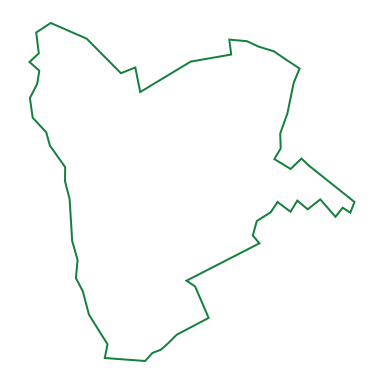 the district of Pinhal, Rio Grande do Sul, Brazil
{"feature_id": "56859067B67721139652283", "entity_name": "Pinhal", "entity_type": "district", "adm_level": 2, "iso_a3": "BRA", "parent_name": "Brazil", "parent_adm1": "Rio Grande do Sul", "projection": "orthographic", "projection_center": [-53.229, -27.534], "detail": "fine", "context": "isolated", "style": "outline", "palette": "green", "viewbox_px": 384, "rotation_deg": 0, "n_neighbors": 0, "source": "geoboundaries", "source_scale": "gbopen_adm2", "svg_char_len": 841}
<svg xmlns="http://www.w3.org/2000/svg" viewBox="0 0 384 384"><path d="M50.7,23.0L36.2,32.5L38.8,53.3L29.5,62.0L39.3,70.7L37.2,83.9L29.9,98.0L32.7,117.8L46.2,132.2L49.9,145.6L65.2,167.2L65.0,181.2L69.6,199.0L72.2,241.1L77.6,259.9L75.9,278.1L82.7,291.0L89.0,314.7L95.4,325.0L107.5,344.2L104.8,358.0L145.1,361.0L152.5,352.9L160.9,349.7L168.6,342.8L176.7,334.7L208.6,317.9L195.1,286.4L186.5,280.7L259.4,243.3L252.8,235.6L256.8,221.0L270.7,212.3L277.5,202.0L290.5,211.7L297.3,200.6L307.7,209.3L320.3,199.4L335.5,216.8L342.7,207.7L350.3,212.7L354.5,202.0L308.9,165.6L301.4,158.5L290.7,169.0L274.4,159.1L280.7,148.4L280.2,133.6L287.4,113.4L293.7,82.8L299.6,68.5L286.0,59.6L273.9,51.3L259.1,46.8L246.9,41.2L229.3,39.6L231.2,54.5L190.7,61.6L140.2,92.0L135.3,67.5L120.9,73.2L86.7,38.7L50.7,23.0Z" fill="none" stroke="#15803d" stroke-width="2"/></svg>